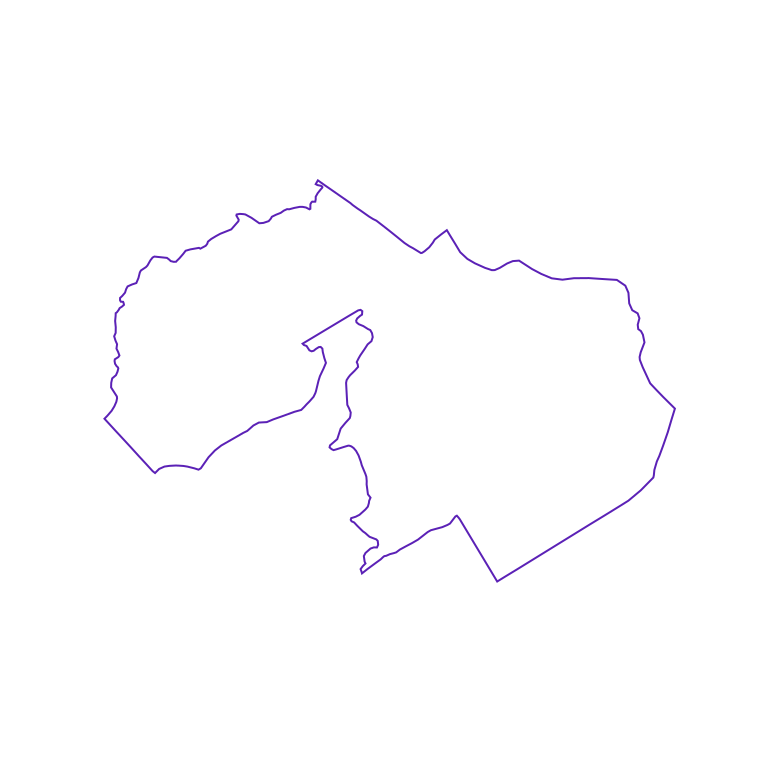 Zambia, Equal Earth projection, rotated 239°
{"feature_id": "ZMB", "entity_name": "Zambia", "entity_type": "country or territory", "adm_level": 0, "iso_a3": "ZMB", "parent_name": "Africa", "parent_adm1": "", "projection": "equal_earth", "projection_center": [28.807, -13.118], "detail": "fine", "context": "isolated", "style": "outline", "palette": "violet", "viewbox_px": 768, "rotation_deg": 239, "n_neighbors": 0, "source": "natural_earth", "source_scale": "50m", "svg_char_len": 4678}
<svg xmlns="http://www.w3.org/2000/svg" viewBox="0 0 768 768"><g transform="rotate(239 384 384)"><path d="M483.5,517.1L477.8,517.1L467.9,517.2L457.7,517.2L448.3,519.9L440.6,524.1L431.4,530.5L428.4,533.1L426.1,535.0L424.6,537.6L423.9,543.1L423.9,551.6L423.0,557.7L420.2,563.3L406.3,570.1L397.2,575.6L388.2,582.2L381.5,590.7L376.9,601.2L369.3,614.1L361.5,625.3L353.3,637.2L344.0,641.5L336.3,640.5L326.8,635.7L319.4,634.8L313.9,637.8L308.8,636.8L304.1,632.0L300.1,630.2L297.0,631.5L292.9,631.3L285.5,628.7L279.0,620.4L275.5,617.0L272.8,615.7L265.1,614.4L247.5,612.5L245.6,612.9L238.3,614.5L229.2,616.6L221.3,618.6L213.1,620.7L205.4,612.1L196.5,602.4L187.4,591.5L180.5,582.9L177.1,578.0L171.1,571.5L166.8,568.3L165.1,566.7L160.6,549.3L158.1,533.4L157.9,521.3L157.7,504.6L157.6,487.9L157.4,471.2L157.2,454.5L157.0,437.7L156.8,421.0L156.6,404.2L156.5,387.4L156.4,379.3L165.4,379.3L175.5,379.3L186.2,379.3L197.7,379.3L209.3,379.3L220.8,379.3L228.9,379.3L231.0,379.1L233.6,378.6L233.7,377.0L230.4,368.7L230.5,365.8L231.3,360.2L232.7,355.3L234.5,348.9L234.6,345.2L233.1,333.0L233.2,326.2L233.6,319.1L233.9,312.4L233.4,307.7L234.0,305.2L235.1,301.5L235.6,297.4L236.3,295.6L236.1,294.0L235.4,290.9L234.8,284.0L233.9,274.5L233.0,267.6L234.4,268.0L237.4,268.6L238.8,272.0L239.7,275.7L241.7,275.9L246.9,278.1L248.7,281.1L249.9,287.7L249.2,291.1L247.5,293.8L249.2,296.2L252.7,297.8L254.7,297.4L260.5,292.9L262.9,292.1L265.9,291.2L268.6,290.0L276.4,288.0L280.7,287.1L283.0,285.5L284.7,285.5L285.9,286.8L284.8,291.4L284.5,295.6L286.0,303.4L287.2,307.0L289.7,309.7L291.5,311.1L293.5,313.9L297.7,313.4L306.9,317.4L309.7,319.2L313.6,321.1L316.3,321.7L325.8,323.1L329.3,324.1L335.8,325.4L341.0,325.6L344.7,325.0L347.3,323.9L348.9,322.6L349.6,321.5L350.6,317.6L352.6,309.2L353.3,306.7L355.2,305.5L357.7,304.7L359.2,306.1L360.8,315.5L368.1,323.9L370.6,331.0L372.4,337.1L373.9,338.7L376.7,340.8L381.1,341.5L385.0,341.8L393.2,346.1L399.8,349.6L404.5,352.1L406.6,354.0L408.1,357.1L409.0,359.5L410.5,365.7L412.0,370.6L414.5,371.6L416.8,371.9L419.0,375.3L420.7,378.3L424.0,385.5L426.4,390.4L427.2,395.3L430.0,398.5L433.8,399.9L437.3,400.0L439.3,398.6L444.3,396.1L448.2,393.2L451.0,392.2L452.7,392.8L454.0,394.8L454.7,398.7L454.8,400.9L457.6,402.9L459.6,402.1L460.4,399.8L460.4,398.6L460.5,388.0L460.5,378.8L460.5,370.2L460.5,359.6L460.5,350.4L460.5,342.9L460.5,335.0L458.7,335.4L456.5,337.2L451.3,337.4L449.3,338.8L448.7,340.8L449.1,343.5L449.2,347.1L448.4,348.8L446.1,349.4L442.9,348.0L436.9,346.2L432.0,345.1L428.5,340.3L423.7,333.1L420.5,329.5L412.9,322.0L411.6,320.5L409.3,317.0L407.4,311.0L406.4,307.0L405.5,304.1L404.4,299.7L406.3,292.9L408.8,280.1L410.7,270.8L411.7,263.9L415.4,256.9L415.7,250.7L414.2,242.6L414.6,238.2L414.8,226.9L415.0,217.5L415.1,212.9L414.1,204.8L411.6,195.9L406.1,183.6L406.1,180.9L409.4,178.0L414.5,172.9L417.1,169.8L420.1,165.5L421.5,163.3L424.4,157.8L426.3,153.3L427.0,147.5L425.6,141.9L428.5,140.8L438.0,138.9L448.5,136.7L459.6,134.5L470.7,132.2L481.6,129.9L491.4,127.9L498.2,126.5L499.2,130.3L501.3,136.7L503.7,141.3L506.6,145.4L509.2,147.8L510.9,148.6L521.6,148.3L525.5,150.8L528.8,153.9L529.6,158.8L531.8,161.9L534.2,164.3L535.3,164.5L537.0,164.0L539.9,163.9L542.5,164.9L543.8,166.0L543.9,170.1L544.7,171.9L548.4,172.6L552.1,172.9L555.6,175.7L559.5,176.2L563.9,177.3L566.0,180.3L570.8,183.3L576.5,186.0L580.7,189.1L582.9,190.5L583.0,191.9L584.1,194.6L585.2,196.5L585.3,199.3L585.8,201.9L587.5,202.5L588.8,202.7L590.1,200.8L591.8,200.9L593.7,202.1L594.3,205.0L595.7,209.1L598.1,211.8L599.7,214.5L599.1,219.3L598.1,223.7L601.3,228.1L605.4,232.2L606.5,234.1L606.8,240.2L607.4,242.3L610.3,247.4L611.6,250.8L611.5,252.8L603.9,262.9L601.4,263.9L599.2,264.5L597.1,266.6L595.9,268.7L596.3,269.9L597.1,273.3L598.9,278.8L600.4,282.6L599.1,287.4L596.0,295.5L594.6,296.3L594.3,302.4L595.2,304.7L596.7,306.4L597.3,310.6L597.3,316.3L597.1,321.0L595.2,332.7L598.5,343.0L599.7,344.1L604.4,344.2L605.2,345.0L604.1,348.0L602.0,351.0L600.7,352.5L594.7,356.0L586.0,359.9L584.2,363.6L583.0,369.0L584.0,372.1L585.1,374.0L584.7,378.7L583.9,383.6L584.2,387.5L583.8,391.0L582.6,392.7L581.1,397.9L579.2,403.1L577.7,405.5L575.5,408.0L572.1,410.1L572.1,411.1L576.0,413.5L577.0,415.2L577.3,416.4L576.5,417.5L575.7,419.0L577.5,420.6L579.7,421.9L581.7,425.4L583.5,430.3L584.0,432.0L584.4,432.6L585.1,432.7L586.4,432.0L588.8,429.4L590.5,428.4L592.6,432.2L584.2,435.9L579.8,437.9L567.3,443.5L556.4,448.4L553.6,449.3L548.0,451.7L545.1,453.1L535.3,457.4L531.2,459.5L527.9,461.6L519.7,464.8L512.1,467.7L503.7,470.8L494.3,474.2L489.0,476.7L485.5,478.8L477.2,483.1L476.8,484.2L476.9,487.1L477.9,493.2L480.0,498.7L481.7,501.9L482.8,510.0L483.5,517.1Z" fill="none" stroke="#5b21b6" stroke-width="2"/></g></svg>